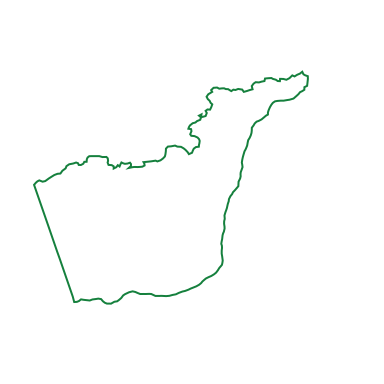 Cachoeira Grande, Maranhão, Brazil (Equal Earth projection), rotated 71°
{"feature_id": "56859067B84641252535542", "entity_name": "Cachoeira Grande", "entity_type": "district", "adm_level": 2, "iso_a3": "BRA", "parent_name": "Brazil", "parent_adm1": "Maranhão", "projection": "equal_earth", "projection_center": [-43.956, -3.094], "detail": "fine", "context": "isolated", "style": "outline", "palette": "green", "viewbox_px": 384, "rotation_deg": 71, "n_neighbors": 0, "source": "geoboundaries", "source_scale": "gbopen_adm2", "svg_char_len": 3849}
<svg xmlns="http://www.w3.org/2000/svg" viewBox="0 0 384 384"><g transform="rotate(71 192 192)"><path d="M115.4,54.4L116.1,57.4L114.4,59.2L116.1,62.8L116.6,66.2L114.8,68.9L113.7,71.9L115.8,72.8L115.0,74.8L113.1,76.2L111.4,78.7L110.1,79.8L109.2,83.0L108.5,86.0L110.7,87.4L110.3,90.3L110.2,93.0L108.9,96.1L109.6,98.5L111.3,101.0L114.6,101.3L114.4,104.2L114.4,106.9L114.2,110.4L111.5,111.2L109.6,114.8L109.7,117.7L108.7,119.6L109.4,122.0L108.1,123.1L106.5,124.4L105.7,126.5L104.4,127.9L103.7,130.2L103.2,132.6L101.4,134.3L100.5,137.7L101.9,140.7L103.9,140.3L104.9,144.8L106.7,147.2L109.3,146.8L111.6,145.6L113.7,145.4L115.7,144.3L118.1,146.2L120.0,148.1L119.0,150.5L119.7,152.7L122.1,152.3L124.6,154.4L124.5,156.5L124.2,159.2L126.4,160.7L126.6,164.2L127.4,166.1L127.2,169.0L128.4,172.3L129.7,173.8L131.0,174.8L132.3,172.4L134.3,172.7L136.8,174.9L138.6,174.4L140.0,171.4L142.3,169.0L144.4,168.1L146.2,168.1L148.4,169.2L149.8,170.1L151.4,170.8L150.8,173.6L151.6,176.2L153.1,177.7L154.9,179.2L155.2,182.6L153.0,183.1L150.1,184.4L148.0,185.7L145.7,187.7L144.3,191.1L142.6,192.9L142.0,196.9L141.2,200.0L142.5,202.5L145.0,203.5L147.8,204.9L149.6,206.1L150.9,208.6L151.8,211.5L151.8,214.8L150.5,216.2L149.7,220.7L148.0,228.1L149.6,227.8L151.5,228.2L151.9,230.7L151.4,232.8L150.6,235.6L149.7,237.9L149.2,239.9L148.7,243.9L147.6,241.3L145.7,240.6L144.1,241.1L144.1,243.7L143.5,246.3L142.4,247.8L141.1,249.1L142.5,250.6L144.3,252.2L142.5,253.4L143.9,255.5L144.3,258.4L142.3,257.7L140.5,259.1L139.2,262.1L136.7,262.2L135.2,261.2L132.7,260.7L131.0,261.5L129.8,265.3L127.9,268.0L127.0,270.7L125.5,274.9L124.7,277.5L125.4,279.5L126.8,280.8L129.1,281.8L128.4,284.0L129.9,285.6L130.3,288.3L129.5,290.3L127.7,290.4L126.4,292.0L126.4,295.0L125.8,299.1L126.7,302.3L128.5,303.8L129.7,307.6L131.7,310.4L131.0,313.3L131.1,316.6L131.9,320.1L132.6,323.0L133.9,327.2L133.6,329.9L131.3,332.6L131.6,334.7L132.4,336.6L133.8,339.0L179.0,338.9L200.8,338.9L204.6,338.9L211.9,338.8L230.0,338.8L231.7,338.8L252.2,338.8L257.7,339.2L258.4,336.6L258.3,334.4L257.4,331.9L258.8,329.3L259.7,327.4L261.3,324.0L261.2,321.1L261.9,317.7L262.3,315.3L263.7,312.8L266.3,311.8L268.3,310.5L269.8,308.8L271.2,304.9L270.5,301.1L271.0,298.3L270.2,295.9L269.2,293.4L267.4,290.8L266.8,288.6L266.3,284.1L266.6,280.5L268.1,278.1L269.6,276.5L271.6,274.2L272.5,271.4L273.4,268.9L274.4,265.6L275.2,263.7L278.4,260.4L279.3,257.7L280.4,254.3L282.0,250.4L282.8,247.2L283.0,243.9L283.5,240.6L283.1,237.3L283.0,233.5L283.3,230.7L283.2,227.1L282.9,224.8L282.8,222.6L282.6,218.7L282.0,215.4L281.1,213.0L280.0,211.3L279.1,209.1L278.3,207.0L277.9,204.0L277.7,201.2L277.0,198.0L276.1,195.5L274.5,193.1L272.7,190.9L271.6,189.0L270.6,187.4L269.0,186.4L266.9,185.3L264.5,184.8L262.5,184.4L260.0,184.0L257.1,183.0L254.6,181.8L252.4,181.2L250.6,181.2L248.3,180.0L246.3,178.8L244.6,178.0L242.9,177.2L241.3,176.1L239.9,174.8L237.2,173.1L235.2,172.5L232.5,172.0L230.1,171.1L228.1,169.8L224.7,168.9L221.9,166.9L220.2,165.5L218.5,164.2L217.0,163.3L214.9,162.0L212.7,160.3L210.8,159.4L208.5,157.1L207.0,154.7L205.6,153.4L204.2,150.7L201.6,146.3L197.4,144.6L194.9,142.1L193.0,140.9L190.9,140.3L189.2,139.5L187.2,137.9L184.9,136.1L182.5,135.6L180.4,135.3L177.9,134.0L175.6,132.6L174.0,131.5L172.3,130.3L170.6,129.1L169.3,127.6L167.9,126.3L166.0,124.7L163.3,123.2L161.3,122.0L159.6,119.9L157.6,118.0L155.5,116.5L153.4,115.5L150.7,114.5L149.1,112.1L147.6,110.4L146.5,108.0L146.5,105.8L146.0,102.6L144.9,99.7L143.9,97.2L143.5,95.0L141.5,94.3L139.7,93.0L137.2,90.7L135.3,88.5L134.0,86.5L133.3,84.0L133.7,81.6L134.5,78.5L135.5,75.5L136.0,72.4L136.5,69.7L136.7,65.6L135.2,61.9L134.1,59.4L132.8,57.4L132.5,54.9L131.9,52.5L129.5,51.6L129.1,48.6L126.2,47.2L122.8,45.6L120.2,44.8L118.5,47.0L117.0,48.3L114.2,48.6L115.2,51.4L115.4,54.4ZM124.2,159.2L121.7,157.8L122.1,160.5L124.2,159.2Z" fill="none" stroke="#15803d" stroke-width="2"/></g></svg>